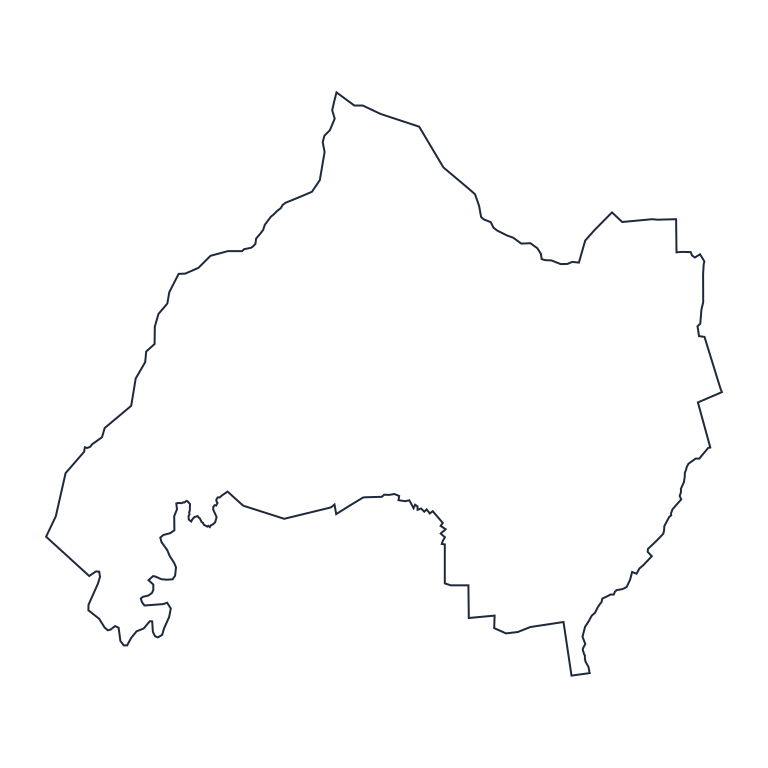 outline of Ga Central Municipal, Greater Accra, Ghana
{"feature_id": "2480657B96936068561499", "entity_name": "Ga Central Municipal", "entity_type": "district", "adm_level": 2, "iso_a3": "GHA", "parent_name": "Ghana", "parent_adm1": "Greater Accra", "projection": "robinson", "projection_center": [-0.313, 5.617], "detail": "fine", "context": "isolated", "style": "outline", "palette": "slate", "viewbox_px": 768, "rotation_deg": 0, "n_neighbors": 0, "source": "geoboundaries", "source_scale": "gbopen_adm2", "svg_char_len": 3985}
<svg xmlns="http://www.w3.org/2000/svg" viewBox="0 0 768 768"><path d="M84.1,451.8L70.5,467.5L65.6,473.1L55.8,516.3L46.1,536.7L89.2,576.0L96.0,571.4L99.2,571.7L100.0,576.9L97.9,583.7L88.5,604.8L88.4,610.3L99.2,618.8L104.6,627.5L107.8,630.3L110.6,629.6L115.0,626.1L118.6,627.7L120.4,641.0L123.8,645.4L127.1,645.4L131.2,637.9L136.6,631.3L143.7,628.5L149.8,621.2L152.2,621.4L152.9,631.9L155.0,636.2L157.9,637.4L162.2,634.8L164.0,628.5L169.1,617.1L170.8,608.5L167.1,602.7L163.3,604.1L144.5,605.5L142.0,602.2L140.8,598.5L142.9,596.8L143.8,596.6L148.5,595.5L152.0,592.9L153.3,589.9L153.3,584.5L148.5,580.2L153.1,576.1L155.6,576.6L161.3,579.2L166.6,579.7L172.6,579.3L175.1,575.7L176.0,567.4L174.2,563.0L169.5,555.6L167.2,550.0L161.5,542.1L160.3,537.6L163.3,535.0L170.1,533.2L174.4,530.3L174.2,516.2L177.0,509.3L176.3,503.5L177.9,503.0L181.1,503.1L182.0,503.1L183.3,502.3L184.3,502.5L186.5,500.9L187.6,501.4L190.0,504.0L189.8,510.8L189.1,512.4L189.5,514.5L188.5,516.2L188.8,519.6L191.2,521.5L192.5,519.1L194.5,517.0L197.7,516.1L198.2,517.1L199.8,518.3L201.7,522.1L202.9,522.7L203.9,524.8L207.3,526.6L208.2,525.8L209.8,527.1L210.9,525.3L213.3,524.1L215.2,522.2L216.6,517.1L213.2,509.6L213.3,506.9L214.6,505.2L216.1,505.5L217.5,503.0L216.9,501.9L216.4,501.1L216.4,499.5L217.1,498.4L217.7,497.4L219.8,497.4L222.0,495.4L227.6,491.6L242.5,505.1L243.6,505.8L284.2,518.8L330.2,507.6L331.1,507.3L334.5,504.5L336.2,514.1L349.7,505.6L363.1,497.5L364.9,497.3L381.9,496.8L384.2,494.7L389.1,494.9L394.5,494.0L399.2,496.0L398.5,500.2L405.1,501.2L409.3,500.3L413.6,508.2L415.1,504.7L417.5,506.4L417.6,509.8L421.0,508.5L424.3,511.7L426.6,509.4L429.8,513.5L432.7,511.2L442.8,522.9L440.6,525.9L445.6,529.2L444.2,530.7L442.4,531.9L440.7,533.6L444.9,537.2L442.7,541.1L441.8,544.0L444.8,544.4L444.8,581.9L444.8,583.4L450.7,585.3L451.8,585.3L468.4,585.3L468.8,618.0L494.6,615.6L494.2,628.1L506.0,633.4L508.5,633.1L517.8,632.0L530.4,627.0L563.5,622.0L565.0,632.1L571.5,675.6L589.7,673.1L589.5,672.3L589.2,671.4L588.6,667.2L585.4,661.4L585.4,660.3L584.9,659.4L584.9,655.5L584.1,654.2L582.7,649.4L583.1,648.1L585.3,644.0L582.5,636.7L585.1,626.7L588.5,621.6L591.7,615.7L595.1,612.7L597.7,607.3L600.1,603.8L601.5,602.2L602.3,598.6L606.6,596.6L610.6,594.5L613.7,594.6L615.0,591.6L616.9,590.0L621.2,589.4L624.3,588.3L626.7,586.9L630.1,579.7L632.1,572.0L636.6,573.7L639.4,568.5L643.4,565.1L651.8,556.2L647.7,551.9L647.9,549.0L656.8,540.5L660.0,537.2L663.3,533.7L664.1,530.2L664.3,526.2L669.2,516.9L671.2,515.3L671.0,513.4L672.5,509.3L681.2,499.4L679.7,495.9L681.0,492.1L680.9,488.8L683.9,482.2L684.8,476.4L684.8,472.9L686.1,469.8L686.6,467.3L688.4,463.8L695.6,458.6L699.4,458.6L701.5,455.9L708.2,447.9L710.3,447.5L709.6,445.0L697.9,402.4L721.9,392.1L720.5,388.7L704.5,336.9L699.0,336.1L698.2,330.4L697.5,326.3L700.3,323.7L701.4,309.7L703.2,302.3L703.1,273.9L703.5,266.9L703.7,264.3L704.4,261.5L702.7,258.6L700.0,254.3L694.9,257.5L692.0,255.4L690.7,252.1L682.2,251.9L676.5,252.3L676.1,219.2L657.4,219.7L652.2,219.2L622.2,222.0L612.0,212.4L594.6,230.0L585.2,240.6L584.1,244.4L578.9,262.6L572.2,261.9L567.6,263.9L560.7,264.1L551.3,260.4L545.4,260.2L541.7,259.1L540.8,253.6L537.3,248.2L530.4,243.2L521.3,243.6L513.2,237.7L507.1,235.5L497.1,230.5L493.5,227.7L490.8,222.2L483.8,219.4L481.1,217.0L479.1,205.9L475.0,194.2L468.8,188.8L443.5,167.5L442.0,165.1L419.2,126.7L380.7,114.0L362.7,105.5L354.3,105.5L336.5,92.4L334.0,102.2L332.2,110.3L334.0,116.3L334.7,118.7L329.9,130.2L324.4,135.7L322.7,142.2L324.6,152.0L319.8,180.2L311.9,191.8L302.3,195.9L285.5,202.8L282.6,205.0L280.9,208.0L277.0,211.1L273.8,214.3L270.9,216.7L264.8,224.8L263.2,229.8L260.7,233.2L256.1,238.6L255.4,243.9L253.4,246.1L251.0,247.8L244.1,249.2L242.1,251.1L227.9,251.1L210.5,255.8L198.5,267.8L185.3,273.6L178.6,273.9L169.3,292.2L167.3,303.6L158.5,313.9L154.8,326.7L154.6,344.0L146.2,351.5L145.2,362.1L135.7,378.5L131.2,405.8L104.7,428.0L102.0,437.2L92.1,444.3L90.2,446.8L87.1,448.0L84.9,447.3L84.1,451.8Z" fill="none" stroke="#1e293b" stroke-width="2"/></svg>